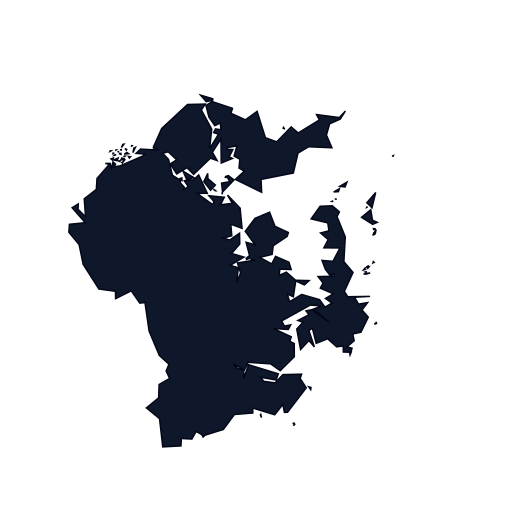 the district of Belmullet-Lea-3, Mayo, Ireland, rotated 154°
{"feature_id": "5873133B47562740874876", "entity_name": "Belmullet-Lea-3", "entity_type": "district", "adm_level": 2, "iso_a3": "IRL", "parent_name": "Ireland", "parent_adm1": "Mayo", "projection": "albers", "projection_center": [-9.902, 54.113], "detail": "fine", "context": "isolated", "style": "filled", "palette": "ink", "viewbox_px": 512, "rotation_deg": 154, "n_neighbors": 0, "source": "geoboundaries", "source_scale": "gbopen_adm2", "svg_char_len": 6213}
<svg xmlns="http://www.w3.org/2000/svg" viewBox="0 0 512 512"><g transform="rotate(154 256 256)"><path d="M415.0,324.3L411.7,295.2L397.8,285.9L400.9,279.2L383.4,279.4L381.1,264.6L376.2,262.8L385.0,235.4L386.5,209.0L381.7,196.9L387.2,192.0L387.3,183.8L399.4,183.0L405.7,171.2L421.1,167.5L414.0,152.1L423.5,125.3L406.7,118.2L403.1,124.7L393.9,119.6L386.8,124.5L381.7,117.5L361.4,114.4L344.9,123.0L327.7,116.3L325.6,120.8L308.8,105.1L297.0,110.8L299.0,103.0L296.2,101.7L268.6,115.5L270.0,126.6L266.8,129.8L283.8,137.6L294.4,133.6L304.0,140.0L304.9,144.9L292.3,135.7L287.6,140.3L310.3,161.5L320.9,151.2L317.0,158.7L321.9,163.0L322.3,163.8L321.8,165.0L323.3,165.6L323.7,168.7L316.3,158.6L309.7,163.9L290.1,152.6L284.5,142.3L265.7,148.7L260.0,160.6L263.0,164.5L259.7,167.9L272.2,183.2L259.2,175.8L255.0,178.9L261.2,180.6L261.4,186.4L228.8,188.1L218.7,182.3L227.7,183.1L219.2,164.2L229.4,183.3L235.1,184.8L234.1,180.0L246.6,179.7L242.9,175.8L251.4,172.5L256.9,152.4L245.5,156.8L243.4,148.7L241.1,165.9L237.0,166.3L240.2,151.1L227.9,150.2L223.3,139.0L217.1,136.9L219.6,131.4L213.0,127.9L210.1,131.0L214.1,134.4L204.9,136.8L203.2,143.5L195.1,141.5L181.9,151.8L184.4,161.0L176.1,165.2L184.9,167.8L185.6,175.8L171.2,169.7L191.4,179.2L192.1,185.5L176.0,198.7L179.5,212.4L167.4,234.0L165.9,255.9L161.7,259.1L165.4,267.7L176.6,272.6L190.2,265.2L177.0,254.3L179.4,246.7L187.9,248.4L183.9,239.1L191.4,233.6L177.0,226.4L189.2,217.5L198.6,223.1L199.5,213.5L197.9,206.1L193.6,205.5L194.5,203.5L209.2,210.3L207.6,202.3L212.3,198.9L203.1,188.1L212.2,187.4L208.3,180.4L216.4,179.8L218.0,188.9L231.8,201.4L245.9,200.2L244.5,208.1L240.3,203.0L231.2,216.2L225.2,208.8L219.0,210.6L231.1,216.9L235.8,228.2L243.7,228.4L240.3,233.7L230.3,228.4L229.1,236.0L238.6,247.1L245.3,242.0L253.3,253.1L240.8,250.4L236.1,257.6L219.3,260.0L216.6,262.9L225.9,274.4L224.6,289.4L240.4,290.3L254.8,282.9L252.0,266.6L258.9,272.7L261.6,259.2L265.7,258.3L266.1,257.1L262.8,256.6L259.8,253.1L275.7,257.9L277.3,247.4L285.0,240.8L277.0,253.2L283.2,258.9L267.3,260.3L276.8,269.0L265.3,273.9L260.8,283.7L272.6,281.9L277.5,286.4L268.9,284.8L264.7,295.6L256.4,287.0L249.3,306.0L254.9,323.3L254.2,313.7L265.4,317.6L258.7,322.7L271.9,330.8L269.9,323.2L272.4,321.2L281.5,338.1L272.3,333.7L272.0,354.0L278.8,351.8L287.4,355.1L286.5,348.1L293.2,347.1L290.3,349.3L292.1,355.4L290.6,356.9L295.7,365.2L292.3,381.3L294.9,389.3L289.2,388.1L285.1,377.2L292.7,376.4L291.3,364.5L279.3,365.6L276.3,356.7L254.1,363.9L249.1,358.8L249.7,368.4L236.2,376.5L246.5,354.8L234.4,354.0L236.7,356.9L230.1,361.8L235.1,364.5L234.5,366.1L224.9,363.3L231.9,355.4L228.1,350.1L232.7,342.5L229.3,337.4L241.0,333.9L223.0,310.8L217.9,322.6L186.1,314.2L173.1,330.1L160.8,331.1L140.3,320.0L139.7,333.8L131.9,342.5L120.3,342.1L112.1,347.1L120.4,343.9L139.6,356.6L139.4,350.5L164.1,348.1L167.8,356.6L187.3,349.5L195.7,358.2L191.6,385.5L205.8,383.0L216.0,395.3L212.4,399.0L227.7,414.0L235.0,413.2L237.4,401.5L235.9,391.2L229.8,391.2L232.1,384.8L236.7,388.0L240.0,385.5L236.3,381.9L250.6,372.9L240.2,389.4L241.1,411.2L235.0,414.8L251.1,422.2L284.8,412.0L300.6,398.8L297.0,393.8L312.9,402.7L318.8,400.8L311.3,396.4L313.9,395.5L338.8,396.6L344.3,398.4L342.0,400.2L343.3,403.3L348.2,397.0L346.4,403.1L350.9,405.3L347.6,402.7L364.9,395.4L370.3,385.9L385.3,382.7L392.0,366.0L395.5,376.0L392.9,380.7L400.1,380.0L394.9,360.8L409.8,366.3L413.8,359.4L410.0,343.8L415.0,324.3ZM255.0,336.6L258.0,328.2L242.4,334.0L245.6,340.4L248.5,340.8L249.1,340.1L247.3,339.3L246.9,334.3L255.0,336.6ZM268.0,335.0L261.4,337.6L265.3,346.6L263.2,351.4L270.3,345.7L268.0,335.0ZM144.2,244.5L137.3,233.3L132.2,233.1L135.6,237.0L132.6,247.3L144.2,244.5ZM133.0,255.3L130.6,248.5L120.6,260.6L133.0,255.3ZM233.1,416.6L226.7,415.0L225.9,416.2L235.3,424.9L233.1,416.6ZM277.4,353.5L284.4,364.3L284.8,355.1L277.4,353.5ZM150.1,281.9L145.7,279.0L141.9,282.5L150.1,281.9ZM318.5,406.5L321.3,402.9L316.8,406.5L318.5,406.5ZM164.5,191.3L160.8,190.8L167.3,192.6L164.5,191.3ZM158.1,279.5L153.7,277.7L151.6,279.9L158.1,279.5ZM339.1,402.5L337.0,404.5L341.8,404.7L339.1,402.5ZM327.0,401.3L326.9,399.6L325.3,400.2L327.0,401.3ZM331.2,400.6L333.6,402.9L334.8,402.0L331.2,400.6ZM326.7,405.7L329.7,405.3L325.7,403.8L326.7,405.7ZM265.9,115.3L265.4,112.0L264.2,113.7L265.9,115.3ZM343.8,406.8L342.9,405.1L341.3,406.6L343.8,406.8ZM291.0,359.0L289.5,356.3L288.4,358.7L291.0,359.0ZM334.3,408.1L332.8,406.5L332.4,407.4L334.3,408.1ZM333.3,400.3L334.4,398.7L332.1,399.8L333.3,400.3ZM137.8,225.0L141.0,223.9L142.2,223.6L139.6,223.5L137.8,225.0ZM263.7,332.4L265.0,334.9L264.1,332.6L263.7,332.4ZM326.8,414.7L329.4,412.5L325.7,414.4L326.8,414.7ZM177.2,143.5L179.5,142.7L177.2,142.6L177.2,143.5ZM326.7,410.0L326.1,408.0L325.5,408.5L326.7,410.0ZM174.6,357.4L174.9,359.5L175.6,359.0L174.6,357.4ZM160.5,197.2L158.9,198.1L161.9,197.5L160.9,196.3L160.5,197.2ZM214.3,127.6L214.8,125.9L213.0,127.5L214.3,127.6ZM136.5,227.9L138.4,229.1L138.6,228.2L136.5,227.9ZM295.8,87.6L296.8,87.1L294.4,87.9L295.8,87.6ZM139.0,225.7L137.4,225.8L136.4,227.0L139.0,225.7ZM160.7,196.1L159.3,196.7L160.5,197.0L160.7,196.1ZM258.6,327.7L259.4,326.3L258.4,327.6L258.6,327.7ZM163.7,197.2L165.4,196.4L163.5,196.0L163.7,197.2ZM296.6,89.4L295.0,88.8L295.0,89.1L296.6,89.4ZM153.0,199.5L153.9,198.5L152.6,198.5L153.0,199.5ZM383.0,118.1L382.9,116.5L381.6,116.9L383.0,118.1ZM337.4,408.2L338.3,408.8L339.0,408.6L337.4,408.2ZM337.8,401.7L337.4,400.9L336.5,401.1L337.8,401.7ZM321.9,108.3L321.2,111.5L321.7,111.2L321.9,108.3ZM331.6,411.1L330.7,410.3L330.4,410.7L331.6,411.1ZM164.5,193.3L163.1,193.3L164.8,193.7L164.5,193.3ZM140.1,225.2L140.5,224.3L139.5,225.2L140.1,225.2ZM339.5,411.1L339.7,410.5L338.3,410.8L339.5,411.1ZM134.2,251.1L135.1,251.5L135.4,251.1L134.2,251.1ZM159.1,271.9L158.6,271.9L160.1,272.7L159.1,271.9ZM163.3,271.5L162.6,271.9L163.8,271.8L163.3,271.5ZM89.9,286.1L88.9,285.6L88.5,286.0L89.9,286.1ZM340.8,414.5L341.3,414.1L340.2,414.1L340.8,414.5ZM335.5,398.8L335.3,398.4L335.0,398.6L335.5,398.8ZM335.5,412.7L336.2,412.3L335.2,412.6L335.5,412.7ZM301.2,397.2L301.8,396.8L300.5,397.6L301.2,397.2ZM330.3,403.5L331.6,403.2L329.9,403.2L330.3,403.5ZM319.2,409.7L320.3,409.1L318.9,409.4L319.2,409.7ZM334.0,410.0L334.1,410.3L334.8,410.2L334.0,410.0Z" fill="#0f172a" stroke="#020617" stroke-width="1.5"/></g></svg>